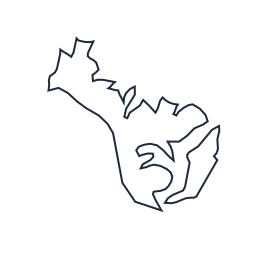 Auckland Islands, Albers equal-area conic projection, rotated 295°
{"feature_id": "NZL-5479", "entity_name": "Auckland Islands", "entity_type": "state/province", "adm_level": 1, "iso_a3": "NZL", "parent_name": "New Zealand", "parent_adm1": "", "projection": "albers", "projection_center": [166.127, -50.717], "detail": "fine", "context": "isolated", "style": "outline", "palette": "slate", "viewbox_px": 256, "rotation_deg": 295, "n_neighbors": 0, "source": "natural_earth", "source_scale": "10m", "svg_char_len": 1787}
<svg xmlns="http://www.w3.org/2000/svg" viewBox="0 0 256 256"><g transform="rotate(295 128 128)"><path d="M173.8,71.6L168.5,76.7L164.7,75.4L161.0,73.4L155.7,76.5L158.9,80.1L161.1,84.9L164.1,96.7L162.0,95.7L157.7,94.5L155.7,93.4L157.0,100.6L157.9,103.3L155.5,105.4L149.4,113.3L154.0,111.5L159.1,111.6L164.1,113.3L168.4,116.6L161.1,120.1L144.8,118.2L136.6,119.9L136.6,123.2L142.6,123.1L153.3,129.3L159.8,129.8L157.0,138.3L153.5,146.4L158.3,146.7L166.3,145.6L170.3,146.4L169.0,150.6L168.5,154.8L169.0,159.1L170.3,163.2L167.7,162.9L162.4,163.5L159.8,163.2L159.8,166.5L164.0,167.0L169.5,169.7L174.4,173.3L176.7,176.5L175.9,184.8L172.5,192.9L167.7,197.4L163.0,194.7L155.7,188.3L146.1,184.9L137.3,180.1L132.4,169.6L129.1,174.6L125.6,178.0L117.8,183.1L119.7,176.7L122.7,169.4L124.6,161.8L123.1,154.8L119.7,149.7L115.6,145.7L111.3,144.9L107.3,150.0L110.0,152.6L113.5,157.1L115.2,161.4L112.6,163.2L108.4,161.8L101.3,156.7L96.8,156.6L100.2,161.1L103.3,163.9L105.8,167.2L107.3,173.2L107.2,180.5L105.6,185.7L102.4,188.8L97.9,189.8L92.5,189.3L88.4,187.7L84.9,184.2L81.1,178.2L78.5,178.6L74.6,183.1L67.4,193.1L64.2,165.7L76.0,146.0L117.1,116.6L123.1,107.8L127.0,96.4L128.3,81.5L130.6,70.5L134.3,58.8L135.0,48.1L128.3,40.1L133.7,38.4L137.8,36.1L141.9,35.3L147.3,38.3L151.5,38.6L166.4,35.3L170.5,33.5L169.9,36.6L169.2,43.3L168.5,46.5L173.5,46.7L187.5,43.5L186.4,46.2L187.6,51.9L189.8,57.4L191.8,60.0L179.0,60.0L176.1,61.2L175.1,64.2L174.9,67.9L173.8,71.6ZM141.0,199.4L161.9,204.9L168.3,209.6L164.0,212.0L155.4,213.8L147.2,218.3L142.9,218.9L138.7,217.9L136.6,222.5L94.6,218.9L92.4,216.8L91.1,213.7L88.4,209.7L81.3,203.2L78.2,199.2L75.8,193.1L81.4,193.9L86.3,196.9L94.7,204.4L99.0,204.5L122.6,198.5L126.5,194.1L128.4,193.0L131.8,193.6L141.0,199.4Z" fill="none" stroke="#1e293b" stroke-width="2"/></g></svg>